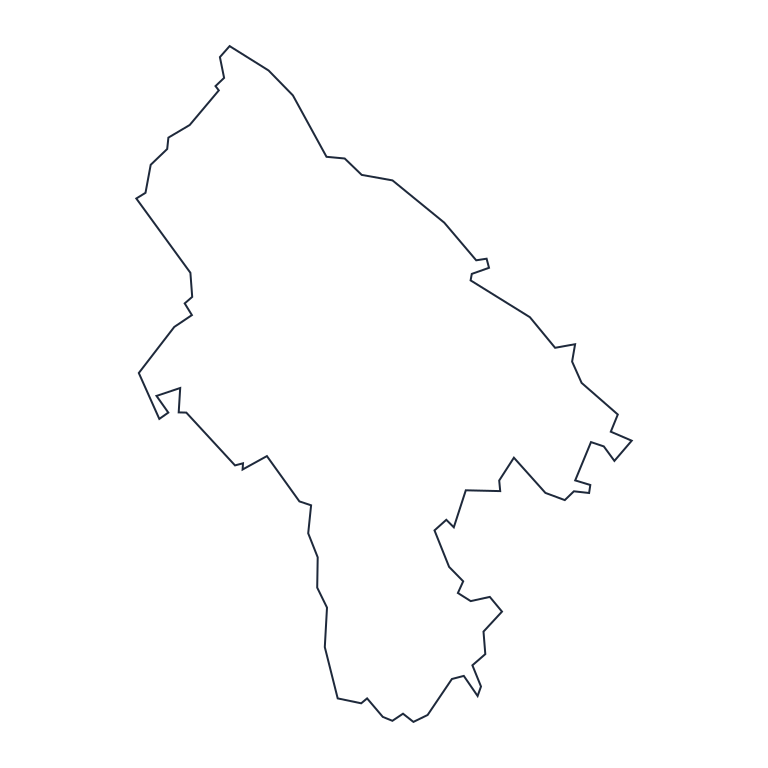 Lozovo, Lozovo, North Macedonia
{"feature_id": "65306769B81455536397038", "entity_name": "Lozovo", "entity_type": "district", "adm_level": 2, "iso_a3": "MKD", "parent_name": "North Macedonia", "parent_adm1": "Lozovo", "projection": "albers", "projection_center": [21.925, 41.756], "detail": "fine", "context": "isolated", "style": "outline", "palette": "slate", "viewbox_px": 768, "rotation_deg": 0, "n_neighbors": 0, "source": "geoboundaries", "source_scale": "gbopen_adm2", "svg_char_len": 1224}
<svg xmlns="http://www.w3.org/2000/svg" viewBox="0 0 768 768"><path d="M242.6,469.5L266.9,456.1L299.4,501.4L311.1,505.3L308.2,533.3L317.7,557.3L317.2,587.6L327.0,607.6L324.8,647.1L337.7,698.4L361.2,703.3L367.1,698.4L382.8,716.9L392.4,720.8L403.0,713.7L413.4,721.9L427.6,715.0L451.9,679.0L463.8,675.9L477.6,696.0L481.0,686.5L472.4,665.3L485.3,654.1L483.5,631.6L502.0,611.6L489.8,596.9L470.7,601.1L457.9,593.0L463.2,581.3L449.1,566.9L434.5,530.4L446.3,519.8L453.8,527.3L465.8,490.3L500.2,491.1L499.2,480.5L513.9,457.7L545.4,492.9L564.8,500.1L573.9,491.3L589.1,493.0L590.3,485.0L575.2,480.4L591.0,442.1L603.8,446.4L614.4,460.9L631.7,440.7L610.8,431.7L617.8,414.5L581.6,382.9L572.1,361.6L575.1,344.2L555.1,347.8L529.9,317.2L470.6,280.4L471.8,273.9L489.0,267.8L486.6,258.7L476.2,260.3L444.3,222.7L392.5,180.4L361.7,174.9L344.7,158.5L326.5,156.8L292.9,95.4L268.6,70.5L229.6,46.1L219.9,57.1L224.1,77.9L215.5,86.1L218.8,90.4L189.7,125.0L168.4,137.6L167.2,149.0L150.7,164.8L145.5,192.8L136.3,198.5L190.4,272.8L192.2,296.9L184.7,303.4L191.9,315.1L174.3,326.9L138.8,373.0L159.3,418.9L168.3,412.6L156.5,395.9L180.2,388.0L178.7,412.4L186.3,412.6L235.0,465.4L243.0,463.3L242.6,469.5Z" fill="none" stroke="#1e293b" stroke-width="2"/></svg>